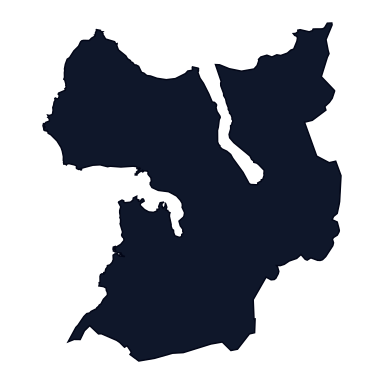 the district of Vanylven nor, Møre og Romsdal, Norway
{"feature_id": "86288312B81426606335863", "entity_name": "Vanylven nor", "entity_type": "district", "adm_level": 2, "iso_a3": "NOR", "parent_name": "Norway", "parent_adm1": "Møre og Romsdal", "projection": "orthographic", "projection_center": [5.551, 62.082], "detail": "fine", "context": "isolated", "style": "filled", "palette": "ink", "viewbox_px": 384, "rotation_deg": 0, "n_neighbors": 0, "source": "geoboundaries", "source_scale": "gbopen_adm2", "svg_char_len": 5881}
<svg xmlns="http://www.w3.org/2000/svg" viewBox="0 0 384 384"><path d="M68.1,341.8L74.1,339.4L80.2,339.5L84.4,330.8L89.7,325.6L98.5,333.9L101.3,333.7L116.6,340.3L119.7,342.4L124.5,347.2L127.1,345.7L131.4,352.2L130.0,354.5L138.8,361.0L154.6,358.3L172.6,353.2L183.3,352.6L210.9,344.0L222.3,342.0L230.9,350.5L237.5,349.2L249.4,333.9L254.6,332.7L255.1,318.9L254.0,319.0L253.2,299.6L266.1,277.1L271.1,279.8L274.2,279.5L275.8,278.3L278.2,273.8L278.8,271.4L277.7,267.4L276.5,265.5L280.3,265.6L284.3,264.3L289.2,261.0L296.7,258.4L301.0,254.5L305.2,259.3L307.2,260.1L310.8,257.8L317.6,260.3L320.4,260.4L322.5,259.7L325.7,256.6L332.8,245.7L333.5,242.8L332.4,239.2L333.5,237.5L337.3,235.1L339.1,231.7L339.3,230.3L338.8,228.1L337.2,222.0L332.1,219.7L333.5,216.5L337.2,213.4L339.1,204.5L339.6,201.5L341.0,175.7L335.7,161.2L329.2,162.7L316.7,156.1L304.5,122.2L312.3,120.3L325.9,110.1L324.8,106.6L329.3,102.4L332.2,98.3L334.5,91.4L334.6,90.8L334.1,90.1L321.3,76.7L327.3,57.3L329.0,53.7L328.1,50.4L326.0,39.6L332.1,24.9L331.8,23.0L327.3,23.2L324.5,27.8L322.4,28.9L313.2,29.0L312.4,30.7L309.2,31.8L300.1,29.7L297.8,30.2L298.0,31.8L295.6,33.4L293.3,33.6L294.7,35.4L296.7,36.2L297.5,37.9L296.9,41.3L293.7,49.1L290.8,50.1L287.4,53.1L280.8,55.5L276.8,54.8L271.9,57.0L266.9,55.2L260.8,57.0L258.5,59.4L258.8,60.7L257.1,65.6L254.0,69.0L241.5,71.2L229.2,68.7L219.6,64.8L215.5,64.6L221.2,81.4L220.7,83.1L220.8,85.8L223.6,93.3L223.7,95.6L225.6,98.8L226.5,103.0L228.3,107.6L228.3,109.5L229.4,111.2L229.6,113.3L230.9,114.4L232.0,117.3L232.0,119.3L232.8,120.4L232.7,121.9L232.0,122.9L231.8,124.7L230.6,125.7L230.7,128.9L229.1,134.4L229.7,137.8L233.8,142.6L250.0,156.0L251.6,159.3L253.6,160.9L253.8,162.3L256.6,163.0L258.5,164.4L264.2,170.3L263.9,173.8L264.2,175.1L262.8,179.4L261.3,179.8L261.3,181.0L257.7,183.0L257.9,184.2L256.9,184.8L250.7,184.5L249.1,183.5L243.0,172.3L232.8,158.3L230.7,154.5L226.8,151.2L222.1,149.0L220.0,147.0L219.9,145.7L218.6,144.5L217.6,141.9L217.5,130.3L218.3,127.1L219.2,119.7L220.2,117.6L220.0,116.2L217.0,111.5L216.0,107.7L216.6,105.0L216.0,103.9L214.5,102.4L212.2,102.0L208.8,93.9L203.5,83.4L200.0,78.2L197.9,72.5L198.5,70.8L198.0,70.5L198.6,68.9L198.2,68.2L192.5,66.9L192.2,68.0L192.8,69.3L191.6,70.4L187.8,71.0L185.4,73.6L175.4,78.6L166.3,79.7L157.0,78.3L150.5,76.0L146.7,75.5L144.0,73.2L141.5,72.3L138.6,66.3L135.9,64.9L134.6,65.1L132.6,62.5L131.3,62.2L130.3,60.5L127.5,58.7L125.8,55.9L118.4,49.9L116.8,45.7L117.1,43.6L115.7,43.9L114.6,41.7L105.6,39.0L102.9,34.5L102.6,33.8L102.9,33.6L102.2,32.4L102.8,31.8L101.8,31.8L99.8,30.6L100.0,30.3L95.8,29.5L96.8,30.2L96.4,30.3L96.6,30.9L95.6,32.3L95.3,34.7L94.7,35.0L95.1,35.3L94.9,36.2L91.5,38.2L89.3,40.5L83.5,40.4L81.8,40.8L80.6,41.9L78.6,46.2L73.9,50.9L69.6,57.6L67.2,59.2L65.4,64.1L64.5,68.9L64.7,70.6L64.4,72.7L64.5,77.4L63.8,79.2L64.8,80.0L65.9,84.1L65.8,85.6L66.2,86.3L65.9,87.7L64.9,88.8L65.4,89.3L65.2,90.3L58.6,93.1L58.2,94.2L59.1,95.1L59.2,96.4L58.4,98.3L57.3,99.0L55.4,98.0L54.8,98.5L55.2,100.2L54.1,102.1L53.6,105.3L52.8,107.4L53.1,110.3L52.5,113.9L51.9,114.7L49.2,115.5L47.7,115.1L48.5,116.9L47.9,117.4L48.6,117.8L49.4,119.5L49.3,121.1L45.8,122.4L44.7,124.2L44.6,123.6L43.5,123.6L43.0,125.7L43.4,127.1L44.6,126.5L45.1,127.0L44.7,127.8L43.6,127.6L43.9,130.0L45.2,130.8L46.9,130.4L47.1,131.4L47.8,131.5L48.2,133.3L50.7,134.6L57.0,140.9L61.1,147.5L62.3,151.1L63.4,156.6L63.3,160.5L63.8,161.6L63.5,162.3L63.8,164.1L65.4,164.1L66.4,164.9L67.2,163.9L69.0,163.6L74.5,164.9L76.4,165.9L76.7,167.0L76.3,167.9L76.8,168.6L78.9,169.5L80.2,168.6L80.5,168.9L80.3,169.5L81.0,170.0L81.5,169.7L81.1,169.0L81.8,168.2L84.1,167.5L92.9,165.2L100.1,164.8L107.6,166.7L110.1,166.2L120.9,167.0L133.1,166.2L136.3,166.6L137.1,167.5L136.9,168.5L137.2,168.8L139.5,167.8L140.0,168.3L138.7,169.7L139.2,170.0L137.0,171.5L136.4,172.2L136.7,173.2L136.0,174.2L135.3,173.9L135.2,174.9L136.9,175.0L137.0,174.2L139.1,172.3L141.4,170.9L142.0,171.4L142.4,170.8L142.8,171.8L143.4,171.5L143.2,170.6L147.3,171.1L148.3,172.6L147.9,173.7L148.2,174.5L150.9,177.7L151.4,181.5L150.3,182.5L150.2,184.4L152.0,187.5L158.3,190.4L168.6,191.7L176.6,196.0L180.4,200.3L182.1,203.2L182.4,205.5L182.1,207.3L184.4,212.2L184.5,213.2L184.0,216.0L183.4,217.2L179.0,221.1L180.3,225.8L182.8,229.2L182.8,231.7L183.5,232.6L182.9,233.9L181.8,234.4L181.6,236.6L179.4,237.4L174.9,235.8L173.7,232.9L173.5,230.2L172.1,229.2L171.1,226.3L171.1,224.4L169.4,216.4L169.5,214.3L170.0,212.7L168.2,211.8L167.8,210.5L166.2,210.2L166.2,209.0L166.8,207.2L165.7,203.8L165.4,203.5L165.0,206.1L164.2,207.4L163.1,208.4L162.5,207.6L162.8,207.5L161.9,205.7L162.0,203.4L164.0,202.1L160.2,202.7L158.7,206.5L159.2,208.2L158.8,209.2L157.0,209.3L157.0,211.0L153.4,212.4L148.7,211.9L144.5,209.6L140.5,205.7L140.2,204.4L140.5,203.4L144.1,201.2L143.9,200.1L142.9,198.8L141.6,199.3L140.3,201.2L138.6,201.3L138.3,200.8L138.8,200.0L136.1,198.8L136.6,197.8L136.7,196.3L133.3,198.0L133.0,200.1L130.4,202.2L124.8,202.7L123.6,201.8L123.7,200.8L122.0,200.1L118.7,201.9L118.5,202.4L120.8,206.8L119.7,210.5L119.7,212.8L120.3,216.0L119.9,217.6L120.6,219.3L120.5,222.6L120.1,223.7L122.6,232.1L121.6,235.0L122.2,236.6L123.6,238.0L124.1,240.3L120.7,244.4L116.0,247.2L115.4,246.4L113.3,247.1L113.0,249.2L114.0,249.6L114.4,248.2L115.4,248.5L115.2,249.0L115.6,250.6L115.1,251.4L112.7,250.5L115.4,252.1L116.0,251.6L117.1,252.5L120.3,252.9L119.9,254.6L120.6,254.5L120.5,252.9L121.1,253.1L121.7,255.0L124.9,256.6L119.3,256.0L117.0,253.7L114.9,253.9L113.1,255.2L113.3,259.5L112.2,262.4L109.9,264.9L107.4,265.6L107.3,267.1L105.8,269.0L104.9,272.7L103.8,272.6L103.8,274.0L102.0,273.8L100.6,274.6L100.0,276.4L100.1,281.3L99.9,282.7L99.2,282.7L99.3,284.5L98.9,285.9L103.5,286.6L106.1,288.0L106.4,290.7L106.9,291.3L107.4,293.0L107.4,295.2L103.4,299.3L101.0,303.9L99.1,305.2L98.7,306.2L96.7,307.9L96.7,308.6L91.1,311.4L89.6,313.0L86.8,313.6L83.9,316.5L78.0,325.2L75.9,327.4L68.1,341.8Z" fill="#0f172a" stroke="#020617" stroke-width="1.5"/></svg>